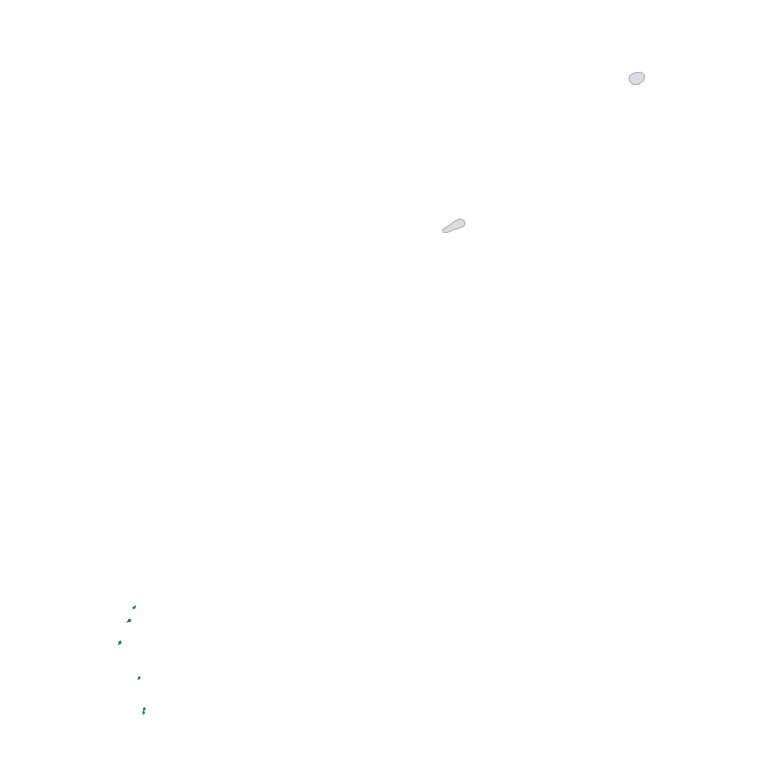 where Shaviyani sits in Maldives, rotated 226°
{"feature_id": "MDV-5225", "entity_name": "Shaviyani", "entity_type": "Atoll", "adm_level": 1, "iso_a3": "MDV", "parent_name": "Maldives", "parent_adm1": "", "projection": "robinson", "projection_center": [73.113, 6.266], "detail": "coarse", "context": "in_parent", "style": "filled", "palette": "green", "viewbox_px": 768, "rotation_deg": 226, "n_neighbors": 0, "source": "natural_earth", "source_scale": "10m", "svg_char_len": 1061}
<svg xmlns="http://www.w3.org/2000/svg" viewBox="0 0 768 768"><g transform="rotate(226 384 384)"><path d="M450.6,552.7L446.8,555.1L443.2,554.1L442.0,551.2L443.8,546.8L446.7,541.3L448.8,535.2L451.8,532.0L454.1,533.1L453.9,536.5L452.8,541.1L452.1,547.1L450.6,552.7ZM429.6,785.6L424.9,786.0L421.9,781.8L422.6,775.6L426.2,771.2L432.0,771.0L435.3,774.8L433.6,780.9L429.6,785.6Z" fill="#d9dde1" stroke="#a8b0b8" stroke-width="1"/><path d="M391.0,35.0L391.1,35.8L391.4,36.4L391.5,37.0L390.7,37.6L389.8,36.8L390.0,36.3L390.6,35.8L391.0,35.0ZM381.2,13.1L381.5,13.8L381.9,14.0L382.3,14.4L382.1,15.4L380.8,15.0L380.6,14.5L381.0,13.9L381.2,13.1ZM396.9,48.1L397.4,47.5L396.8,50.2L396.2,49.2L396.3,48.6L396.9,48.1ZM316.5,-15.1L316.9,-14.5L317.3,-14.2L317.5,-14.0L317.3,-13.5L316.3,-13.7L316.1,-14.1L316.5,-15.1ZM314.2,-18.0L314.6,-17.5L315.0,-17.2L315.3,-17.0L315.1,-16.5L314.1,-16.7L313.9,-17.1L314.1,-17.6L314.2,-18.0ZM342.4,2.7L342.7,3.3L343.1,3.5L343.3,3.7L343.2,4.3L342.1,4.0L342.0,3.6L342.2,3.2L342.4,2.7Z" fill="#22c55e" stroke="#15803d" stroke-width="1.5"/></g></svg>